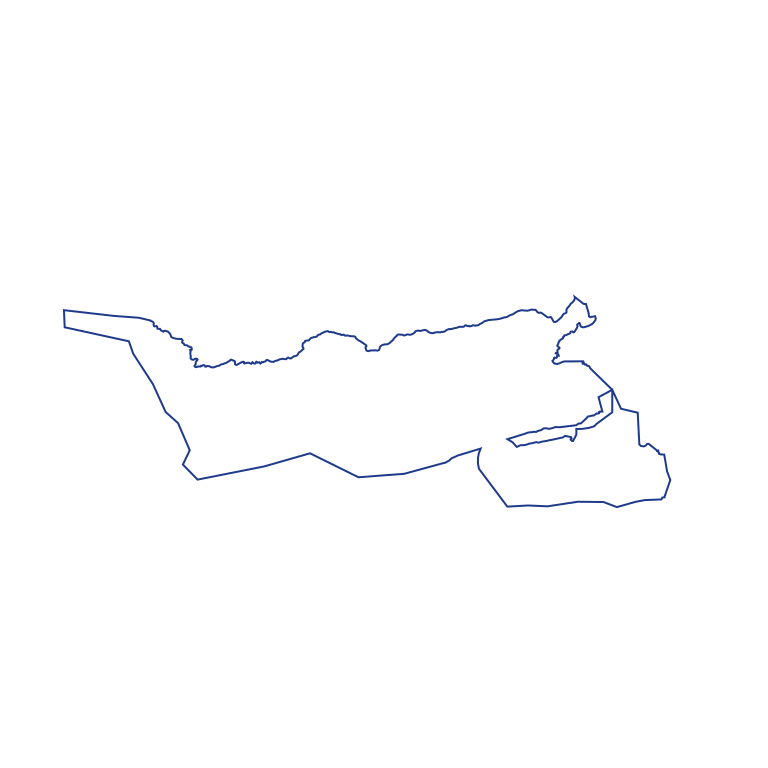 outline of Bláskógabyggð, Suðurland, Iceland, rotated 225°
{"feature_id": "244011B85102906551816", "entity_name": "Bláskógabyggð", "entity_type": "district", "adm_level": 2, "iso_a3": "ISL", "parent_name": "Iceland", "parent_adm1": "Suðurland", "projection": "albers", "projection_center": [-20.271, 64.468], "detail": "fine", "context": "isolated", "style": "outline", "palette": "blue", "viewbox_px": 768, "rotation_deg": 225, "n_neighbors": 0, "source": "geoboundaries", "source_scale": "gbopen_adm2", "svg_char_len": 6167}
<svg xmlns="http://www.w3.org/2000/svg" viewBox="0 0 768 768"><g transform="rotate(225 384 384)"><path d="M106.7,504.3L113.7,518.6L121.9,522.3L135.9,532.2L138.8,529.7L139.9,529.2L140.4,529.2L140.8,529.8L141.7,529.8L143.0,530.8L143.6,529.7L144.2,530.0L154.1,528.9L155.2,528.2L155.5,527.7L155.4,525.9L155.6,524.9L156.3,523.4L158.4,521.9L160.7,521.8L184.3,543.1L198.9,534.1L218.5,541.3L249.3,540.9L251.3,541.7L253.5,540.5L254.8,540.9L255.4,540.6L255.5,540.0L255.7,539.7L257.6,539.6L257.9,538.9L258.3,539.1L258.2,539.7L258.5,539.8L258.2,540.6L259.2,540.9L272.5,527.4L273.5,525.6L274.3,523.3L275.6,520.7L277.9,519.1L278.9,518.9L281.0,519.3L281.3,519.6L281.2,520.1L281.3,521.3L282.1,522.6L282.1,523.2L280.6,524.3L280.6,525.1L281.7,526.8L280.5,527.6L280.9,527.9L282.0,528.0L284.3,527.2L284.4,527.6L283.5,529.0L285.3,530.5L285.4,532.1L285.1,532.7L285.2,533.4L285.8,533.8L288.0,533.4L288.6,533.7L289.4,536.0L290.1,536.9L290.0,537.9L290.6,538.7L290.4,539.4L290.3,540.9L289.7,542.7L290.6,543.7L290.3,545.0L290.8,545.7L290.6,546.4L289.7,547.4L289.4,548.7L288.3,551.1L288.3,551.6L289.0,552.9L288.0,554.3L286.6,554.4L286.2,555.3L287.3,560.4L287.9,561.5L289.3,562.5L289.4,562.9L289.2,565.1L288.8,565.4L286.2,564.1L285.0,563.9L283.4,564.8L282.3,566.1L281.3,568.3L280.6,569.2L279.3,573.5L279.2,575.2L279.7,578.7L280.6,580.1L282.6,581.2L285.6,577.0L286.8,576.8L289.6,578.9L297.8,583.4L299.1,582.0L300.2,581.7L310.8,580.4L309.7,579.7L308.7,577.6L308.5,576.7L308.5,574.4L308.7,572.8L308.1,569.7L308.1,567.7L307.7,566.1L307.3,565.2L305.7,563.9L305.5,563.3L306.5,560.6L306.5,559.8L305.9,557.6L305.8,556.0L306.1,550.6L306.7,548.9L308.0,548.0L313.0,549.4L313.6,549.0L314.5,547.6L316.0,546.7L323.0,545.6L324.1,544.9L324.8,543.8L326.0,543.3L328.5,543.6L329.5,543.4L332.4,540.8L334.3,537.3L338.9,533.4L340.7,530.4L341.3,528.6L342.1,524.7L343.6,521.6L344.4,518.5L345.3,516.9L345.9,516.4L347.4,513.3L349.5,510.1L355.2,503.2L357.4,499.2L357.7,496.8L358.7,493.9L358.8,492.7L359.1,491.9L360.2,490.7L360.5,489.9L362.6,488.5L363.3,486.5L364.3,485.2L365.0,485.0L366.0,483.9L367.4,483.6L368.0,483.0L368.1,481.2L368.3,480.6L371.1,477.8L372.6,474.7L373.8,473.1L374.9,471.0L376.3,469.2L376.7,469.1L378.0,466.4L378.0,465.1L378.3,463.9L379.3,462.2L380.2,461.6L380.7,460.2L382.5,458.9L384.6,456.1L385.0,454.9L387.0,453.1L389.7,452.1L391.9,452.0L393.6,450.8L396.0,447.0L397.6,446.0L398.8,444.2L399.0,443.7L398.8,442.2L398.8,440.9L399.4,438.9L399.8,438.1L400.7,436.9L402.5,435.7L403.9,432.6L405.7,431.9L408.3,429.7L409.1,428.7L409.3,427.7L409.1,427.0L409.2,423.8L408.8,421.3L409.0,416.4L410.0,414.2L410.7,413.2L411.4,412.7L412.7,410.5L413.1,408.5L413.1,407.3L411.7,405.1L411.6,404.3L412.2,403.0L413.6,402.0L417.5,397.9L417.9,396.6L419.2,395.5L420.3,395.3L422.9,396.7L423.2,397.2L423.1,398.3L424.1,398.8L430.7,397.6L432.7,396.8L436.5,396.5L437.5,397.0L438.6,396.8L441.4,394.2L444.1,392.5L445.6,390.7L447.4,390.4L448.6,388.5L450.2,388.3L450.5,387.8L452.4,386.7L455.1,385.3L456.0,385.1L457.2,383.8L458.4,383.4L459.2,382.1L461.1,381.7L462.6,379.4L464.1,375.4L464.2,373.9L465.3,372.2L465.1,370.2L465.7,368.7L466.6,367.7L468.1,365.0L468.2,363.7L468.0,361.9L468.1,361.6L470.2,358.9L470.1,358.3L469.6,357.3L470.0,356.2L470.0,355.4L469.8,354.9L468.0,352.7L466.6,352.5L465.7,351.8L465.9,350.3L465.9,348.0L466.5,346.2L465.8,343.4L465.8,342.8L466.2,341.3L467.3,339.9L467.9,336.2L468.9,335.4L470.5,334.9L470.8,334.1L470.7,332.5L470.9,332.1L473.6,330.1L475.1,327.8L476.1,325.1L477.3,323.4L477.7,321.6L479.9,319.7L483.4,318.6L484.1,317.7L483.8,316.3L484.7,314.7L484.8,313.9L486.0,313.2L485.8,312.1L485.9,311.0L487.5,311.2L488.5,309.7L489.8,309.7L490.1,309.2L489.4,307.9L489.8,307.0L490.9,306.4L492.4,306.5L492.5,306.2L492.1,304.8L492.2,304.4L495.1,303.1L497.3,299.8L497.8,299.7L498.6,300.5L499.4,300.1L500.5,297.7L500.8,296.1L501.1,295.5L501.4,293.8L501.7,293.3L503.1,292.6L504.2,293.3L505.0,294.3L505.8,294.6L509.4,293.1L509.6,292.6L509.5,291.2L510.1,289.6L510.3,287.9L512.0,284.2L513.0,282.7L513.3,281.8L513.4,280.5L514.5,279.0L516.1,275.4L518.2,273.5L519.6,273.3L521.1,272.3L521.9,271.6L521.9,270.8L522.2,270.3L522.8,269.9L524.0,270.3L525.2,269.6L525.6,267.9L526.3,267.4L526.1,266.6L527.5,265.3L528.9,262.9L529.6,262.6L530.7,262.7L530.9,263.0L531.0,264.5L532.6,266.4L532.6,267.1L532.9,267.7L532.9,269.0L533.1,269.4L534.0,269.6L535.4,268.4L535.9,266.3L537.3,265.4L538.7,265.3L539.2,265.6L540.1,266.9L542.5,268.5L543.9,270.4L545.1,270.8L544.3,272.1L544.3,272.5L546.1,273.7L547.0,272.9L547.8,273.0L548.9,272.3L550.3,272.2L552.6,270.5L554.3,271.0L555.6,270.5L556.4,270.9L557.1,272.4L559.0,272.6L562.7,269.2L566.1,267.2L567.9,266.9L570.5,268.2L573.7,268.3L576.2,267.1L577.1,265.9L577.0,265.0L577.2,264.9L579.6,264.2L581.4,264.6L582.7,263.3L583.5,263.0L585.1,264.3L585.8,264.1L587.0,262.5L587.5,262.3L588.6,262.8L590.1,264.4L591.4,264.6L593.5,263.6L594.0,263.8L604.3,257.4L623.2,241.1L662.5,209.9L649.9,198.3L594.6,233.8L582.8,228.1L547.3,220.5L518.6,209.8L501.9,210.7L474.5,199.8L469.2,184.8L448.2,184.6L410.5,240.9L387.3,282.7L336.1,300.0L306.2,334.8L287.1,368.3L285.0,371.7L283.8,375.9L283.6,379.9L282.8,381.3L281.3,385.5L270.0,406.7L267.9,401.9L264.9,397.7L261.2,394.1L256.9,391.2L210.1,384.5L196.2,400.0L181.9,413.1L163.7,437.8L160.2,441.2L145.4,455.7L132.3,461.6L122.8,478.6L117.5,486.3L106.2,498.6L106.9,500.4L105.5,502.2L106.2,502.9L106.4,503.5L106.3,504.0L106.7,504.3ZM218.5,541.3L202.6,525.4L205.5,506.0L205.4,502.9L208.1,497.8L212.2,492.3L216.2,488.2L212.2,484.2L210.0,477.4L210.6,476.7L212.8,476.6L213.0,476.9L212.8,478.1L214.2,478.7L219.3,475.3L219.7,472.8L226.0,463.0L227.6,460.8L228.7,458.8L231.5,455.0L232.8,452.5L233.6,451.5L235.0,450.7L235.9,449.5L237.1,447.3L239.2,444.4L240.4,441.7L242.2,439.2L244.2,437.3L245.6,433.4L251.9,433.7L257.7,432.3L248.8,449.2L248.2,450.8L246.3,453.6L245.3,454.4L244.6,455.8L242.4,457.8L242.1,459.5L240.3,462.4L239.8,465.1L239.5,465.8L238.4,467.0L235.4,469.2L233.7,472.0L232.4,474.7L229.0,477.9L218.9,490.8L218.5,493.6L216.9,495.4L216.6,503.5L216.9,505.0L214.0,509.5L213.3,510.1L213.3,511.0L212.7,513.7L211.9,514.3L211.3,515.5L211.4,516.0L212.1,516.2L212.0,516.8L211.5,517.2L211.1,518.1L210.1,518.9L223.0,526.4L218.5,541.3Z" fill="none" stroke="#1e3a8a" stroke-width="2"/></g></svg>